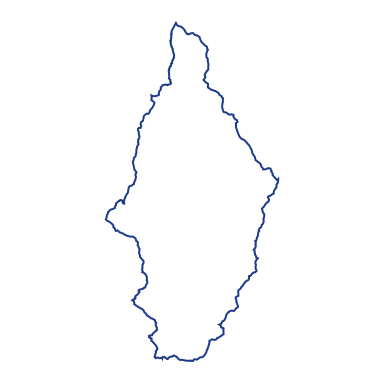 Gura Teghii, Buzau, Romania (Albers equal-area conic projection)
{"feature_id": "2599482B83028603029386", "entity_name": "Gura Teghii", "entity_type": "district", "adm_level": 2, "iso_a3": "ROU", "parent_name": "Romania", "parent_adm1": "Buzau", "projection": "albers", "projection_center": [26.43, 45.616], "detail": "fine", "context": "isolated", "style": "outline", "palette": "blue", "viewbox_px": 384, "rotation_deg": 0, "n_neighbors": 0, "source": "geoboundaries", "source_scale": "gbopen_adm2", "svg_char_len": 6013}
<svg xmlns="http://www.w3.org/2000/svg" viewBox="0 0 384 384"><path d="M193.4,360.2L194.0,359.5L194.6,359.2L197.0,359.6L200.1,357.4L202.6,357.1L204.7,355.0L206.3,352.3L206.7,350.5L207.2,349.9L207.3,349.1L208.0,347.8L209.5,342.6L209.2,341.2L209.4,340.9L212.1,339.3L214.3,339.9L216.1,339.5L217.4,337.8L218.7,337.6L223.6,334.1L223.4,332.8L223.6,331.6L223.3,330.0L223.6,329.2L223.6,328.4L221.1,327.4L220.8,325.4L219.4,324.6L220.1,324.4L221.6,323.1L222.3,321.5L224.3,320.3L225.5,318.0L226.3,314.8L228.6,311.9L229.1,311.9L230.3,310.9L232.0,310.6L233.5,311.0L234.2,310.8L236.4,308.0L237.8,307.2L238.0,306.6L237.5,304.8L236.4,302.1L236.5,300.7L235.6,298.3L236.0,297.0L238.4,295.8L238.2,291.2L238.5,290.1L240.4,288.8L241.4,287.0L242.7,286.0L243.1,284.8L245.8,281.4L248.4,280.0L249.1,278.4L248.9,276.5L249.2,275.9L250.5,275.8L252.5,273.2L254.2,272.3L255.1,272.3L256.5,271.1L256.3,269.8L255.6,268.6L255.6,266.2L255.9,265.7L255.9,264.8L255.4,263.3L255.6,261.8L255.5,261.2L257.8,258.3L256.2,257.5L256.1,256.2L254.9,254.3L255.1,253.7L254.6,252.0L254.6,250.6L253.7,249.8L255.2,248.0L255.7,246.5L255.7,245.3L255.4,244.8L255.7,244.2L255.6,243.5L255.9,243.1L255.2,241.1L256.2,240.7L256.4,240.1L257.0,237.4L257.8,236.1L258.4,232.0L259.2,231.1L258.9,229.5L259.5,228.4L261.3,226.9L261.8,224.7L262.7,224.1L263.7,221.8L263.5,221.0L263.7,219.9L263.4,219.4L263.6,218.1L264.0,217.6L264.3,214.6L264.0,213.6L263.2,213.0L262.6,211.7L262.6,211.0L261.9,208.7L264.2,206.3L265.3,204.3L267.6,201.9L268.3,201.8L268.5,201.1L268.9,200.7L269.0,199.3L267.8,197.4L268.5,196.2L269.7,196.0L272.7,193.9L273.7,193.6L273.7,192.2L274.3,190.1L276.5,187.3L276.3,186.2L276.5,185.7L276.5,184.5L277.7,183.1L277.7,182.2L278.2,181.0L278.2,179.0L277.4,179.8L276.8,179.8L272.6,175.1L272.7,173.5L271.3,171.7L271.6,170.9L271.2,170.6L270.5,168.6L268.2,168.1L265.7,169.3L263.2,169.4L262.4,167.7L261.3,166.6L260.9,164.8L260.2,163.6L255.5,160.0L254.9,157.1L252.3,153.1L252.0,150.9L249.5,145.9L244.7,140.3L241.5,138.8L239.6,136.8L237.8,132.7L236.0,127.1L235.9,123.1L237.2,122.3L237.5,121.5L236.7,119.9L235.4,119.4L234.0,117.7L233.4,116.6L233.6,115.7L233.4,114.8L231.5,114.3L230.2,114.7L229.5,114.4L228.6,114.5L227.8,113.6L225.9,112.4L224.2,112.2L223.4,111.7L222.1,107.4L222.4,103.8L222.9,101.6L222.8,99.7L223.1,98.3L222.1,97.6L221.6,96.2L219.7,95.1L218.2,92.6L216.9,92.1L215.5,91.0L214.7,91.0L213.4,90.3L211.8,90.0L208.1,87.6L207.7,86.8L208.1,85.4L208.0,83.8L205.7,82.3L203.5,79.9L205.4,77.3L205.3,76.4L204.7,75.3L204.9,73.9L206.8,71.4L206.7,71.0L208.0,70.0L208.3,69.1L208.2,66.2L208.5,64.5L207.7,60.7L207.9,59.1L207.2,57.9L206.5,57.3L206.3,55.1L206.5,52.9L207.9,49.6L207.2,49.0L207.1,47.3L206.6,46.4L205.2,45.6L201.6,42.1L200.4,39.9L199.7,37.4L197.8,35.7L194.7,34.9L193.6,33.5L192.4,33.0L190.2,33.6L189.4,34.2L187.1,34.1L185.0,31.2L184.6,30.0L182.7,28.0L181.3,26.8L178.0,25.9L177.0,25.0L175.9,23.0L171.7,30.9L171.3,33.4L171.6,33.7L171.1,34.3L171.5,35.0L171.1,36.2L171.4,37.4L170.8,38.9L171.0,40.2L170.3,40.9L170.8,41.6L170.5,42.6L171.0,43.3L170.8,43.9L171.0,45.6L171.8,46.4L172.0,46.9L171.8,47.5L172.9,49.2L172.7,50.2L174.2,55.3L173.9,56.3L174.1,57.5L173.4,58.8L172.9,59.1L172.8,60.5L172.2,61.0L171.9,62.6L172.1,63.3L171.0,63.9L171.0,65.9L169.8,66.7L169.6,68.2L169.0,68.8L169.2,70.2L168.7,70.7L169.3,77.0L168.9,78.5L170.3,79.8L170.4,80.7L170.1,81.2L171.1,83.0L170.3,84.2L168.2,84.6L167.6,85.2L166.0,84.5L162.4,85.2L162.2,86.0L160.8,87.3L160.8,89.6L159.4,91.1L158.8,92.9L159.0,94.5L158.6,95.2L155.1,96.2L152.8,96.0L151.4,95.4L151.7,97.0L151.6,99.4L151.3,100.0L153.4,101.6L154.5,102.8L153.8,104.9L152.2,107.9L150.2,110.1L149.4,112.5L148.6,113.7L147.9,113.9L146.6,113.6L144.1,115.7L143.7,116.8L143.2,120.1L142.6,121.1L141.1,122.2L140.7,123.1L140.7,124.8L141.2,125.9L140.7,127.8L138.7,128.0L138.0,128.9L137.9,130.1L138.7,131.4L138.7,132.6L139.4,136.9L139.1,138.5L138.1,139.8L138.4,141.1L137.9,142.3L138.6,144.1L137.3,146.0L137.0,147.8L136.4,149.4L136.3,153.4L135.7,154.2L135.8,155.5L135.3,156.6L133.9,157.9L133.6,160.2L132.8,161.9L134.5,169.8L136.5,172.2L135.6,174.2L135.5,175.6L136.0,176.6L135.9,177.6L135.2,180.2L134.1,182.5L134.0,184.0L133.1,184.4L131.5,185.7L129.7,186.2L128.7,187.6L127.9,192.6L125.9,195.6L124.0,200.5L124.2,203.6L123.0,203.3L122.2,200.7L121.1,200.0L120.1,200.1L119.5,201.0L118.9,200.9L118.1,201.6L116.0,203.5L115.9,205.3L115.2,206.0L114.7,208.2L110.1,209.9L109.0,211.5L108.0,212.1L107.8,213.9L107.0,214.9L106.4,218.2L105.8,219.3L106.8,220.5L109.3,221.7L112.7,224.5L113.5,225.8L113.4,227.3L114.5,228.0L115.7,230.9L117.5,230.4L119.5,232.2L123.4,233.7L125.0,235.0L130.0,236.6L132.9,236.6L134.3,237.4L135.6,238.6L136.3,241.0L137.7,241.9L138.0,243.1L137.6,245.2L138.4,246.2L138.8,247.8L139.6,249.3L139.1,251.7L139.2,253.7L139.7,254.7L140.1,257.0L143.6,261.1L143.4,263.3L142.8,264.3L142.4,266.0L142.5,267.7L142.1,268.9L142.6,271.3L142.3,272.2L143.7,272.7L145.3,274.1L146.6,276.1L147.0,279.1L146.6,280.2L147.1,280.8L147.4,282.5L145.7,285.7L145.2,287.4L144.0,288.0L143.6,287.9L143.4,288.5L142.7,288.9L139.2,289.7L138.5,290.8L139.5,292.0L137.6,294.4L135.3,296.2L135.1,297.2L135.6,297.9L135.4,298.5L135.0,298.8L134.7,298.6L134.6,299.0L133.9,299.5L133.0,299.6L132.2,300.2L133.8,301.3L134.3,302.8L134.3,304.2L137.2,306.3L142.7,309.5L143.7,310.6L144.3,312.2L146.2,313.9L147.0,315.5L148.0,315.8L149.4,317.2L150.5,317.6L151.0,318.3L152.3,318.6L155.1,320.3L155.3,322.0L156.3,322.9L155.6,324.6L155.9,326.0L157.0,328.0L156.8,329.3L156.2,330.3L156.5,330.4L153.2,333.3L152.0,334.8L152.0,335.3L149.2,335.6L148.9,337.0L150.1,337.6L150.1,338.1L151.6,338.6L151.3,340.8L152.0,341.0L156.0,345.6L157.5,348.8L156.8,350.1L155.8,351.1L156.0,351.4L155.9,352.9L155.3,354.2L154.6,357.1L155.9,358.2L156.5,357.6L157.5,357.5L159.4,358.2L161.7,358.0L162.2,357.5L162.4,358.1L162.6,357.3L164.5,357.0L167.2,359.1L167.9,358.9L168.7,357.7L170.3,356.7L171.9,356.7L172.9,355.9L174.3,355.5L175.0,356.2L176.5,356.7L177.2,357.3L177.6,358.2L179.3,359.6L180.1,359.9L181.8,359.8L185.9,360.6L189.7,360.9L190.5,360.4L191.5,361.0L193.2,360.9L193.4,360.2Z" fill="none" stroke="#1e3a8a" stroke-width="2"/></svg>